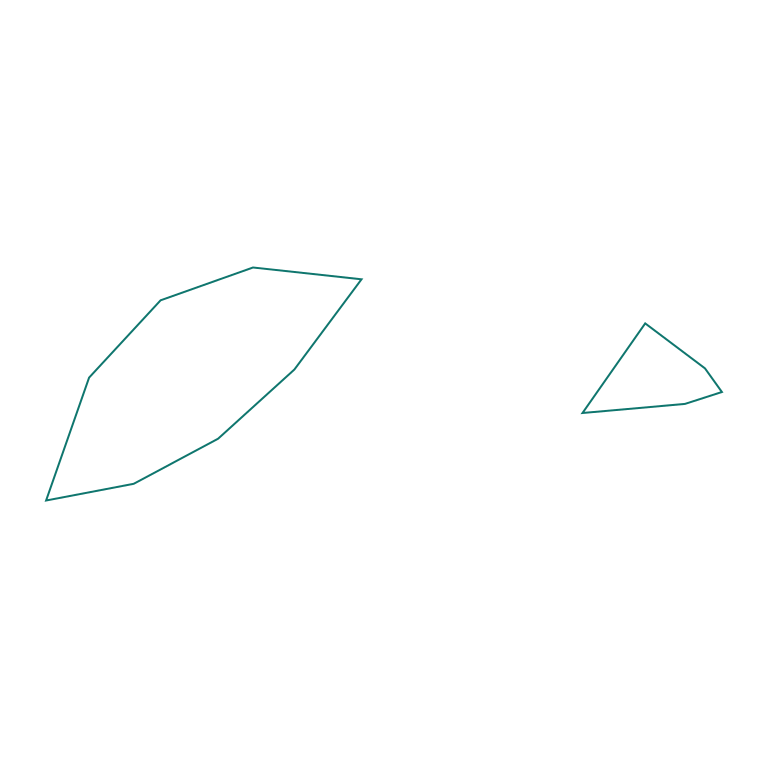 map outline of Midway Islands (Equal Earth projection)
{"feature_id": "UMI-5176", "entity_name": "Midway Islands", "entity_type": "state/province", "adm_level": 1, "iso_a3": "UMI", "parent_name": "United States Minor Outlying Islands", "parent_adm1": "", "projection": "equal_earth", "projection_center": [-177.354, 28.206], "detail": "fine", "context": "isolated", "style": "outline", "palette": "teal", "viewbox_px": 768, "rotation_deg": 0, "n_neighbors": 0, "source": "natural_earth", "source_scale": "10m", "svg_char_len": 306}
<svg xmlns="http://www.w3.org/2000/svg" viewBox="0 0 768 768"><path d="M361.5,279.3L294.4,369.5L218.1,438.7L133.7,483.8L46.1,500.5L89.1,377.6L160.6,300.3L253.0,267.5L361.5,279.3ZM645.2,323.4L705.0,368.4L721.9,392.0L685.0,403.9L582.5,413.0L645.2,323.4Z" fill="none" stroke="#0f766e" stroke-width="2"/></svg>